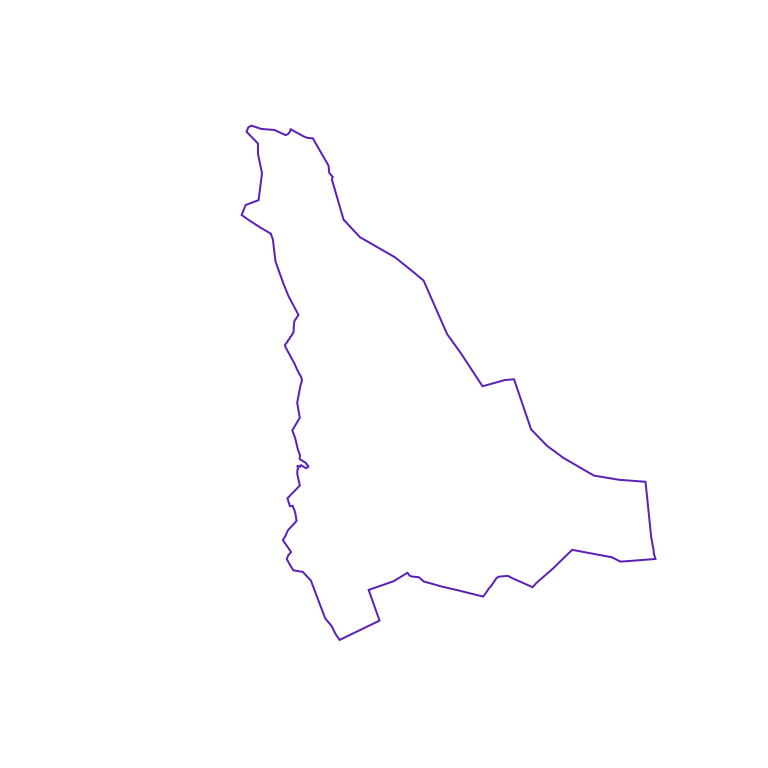 Bakura, Zamfara, Nigeria (Equal Earth projection), rotated 149°
{"feature_id": "59680162B24502748844916", "entity_name": "Bakura", "entity_type": "district", "adm_level": 2, "iso_a3": "NGA", "parent_name": "Nigeria", "parent_adm1": "Zamfara", "projection": "equal_earth", "projection_center": [5.913, 12.562], "detail": "fine", "context": "isolated", "style": "outline", "palette": "violet", "viewbox_px": 768, "rotation_deg": 149, "n_neighbors": 0, "source": "geoboundaries", "source_scale": "gbopen_adm2", "svg_char_len": 2288}
<svg xmlns="http://www.w3.org/2000/svg" viewBox="0 0 768 768"><g transform="rotate(149 384 384)"><path d="M318.5,631.3L322.9,634.4L325.4,637.7L332.8,650.4L334.7,648.8L337.7,647.6L340.2,648.1L340.3,648.2L347.1,658.2L357.9,665.9L364.6,673.8L368.2,673.8L371.9,671.0L368.2,655.1L373.6,645.9L380.0,627.5L396.8,606.2L410.4,608.7L419.0,602.2L415.6,594.5L409.7,582.3L403.6,571.2L404.8,565.2L413.9,544.9L418.5,521.9L420.6,508.6L421.7,487.3L428.4,484.1L430.8,480.9L431.7,479.8L433.5,477.0L434.7,475.1L436.7,474.0L438.2,473.1L440.7,472.4L442.1,471.2L443.6,470.8L446.0,469.5L448.7,468.6L449.4,467.0L449.7,459.9L450.2,448.1L451.0,441.4L451.4,436.3L451.4,432.8L452.5,429.2L456.5,425.6L468.1,412.6L473.6,398.4L486.5,391.5L488.0,383.4L491.5,372.4L492.7,366.2L494.6,363.7L494.8,362.8L494.5,361.9L494.0,361.2L493.6,360.7L493.5,360.3L493.3,359.7L493.2,359.4L493.0,359.1L492.9,358.9L492.8,358.7L492.7,358.5L492.6,358.4L492.3,358.3L492.0,357.4L491.8,356.5L491.5,355.5L491.7,354.6L491.1,353.1L491.4,352.2L492.0,352.0L492.8,351.9L494.1,352.1L495.0,353.4L496.1,355.5L496.8,357.1L497.6,357.1L498.5,356.3L498.7,356.6L499.1,357.2L499.7,358.0L500.6,358.1L500.9,356.9L501.1,356.0L501.3,355.3L502.2,355.2L503.1,354.1L503.8,352.8L504.6,351.8L506.2,347.0L508.4,340.4L514.2,338.8L525.6,335.8L527.6,327.8L525.0,326.6L525.6,324.1L525.6,323.8L525.6,322.7L526.5,319.1L529.5,311.6L541.4,308.2L548.5,303.5L551.0,302.4L551.0,301.1L550.7,296.8L550.2,287.8L554.6,286.3L557.5,284.0L557.8,276.4L557.6,270.9L550.4,264.8L547.9,253.2L555.1,213.6L553.6,203.5L554.3,195.0L553.9,187.5L509.7,183.5L503.2,215.4L477.4,210.0L461.0,210.1L460.8,206.6L459.2,204.6L455.3,201.7L453.7,200.5L451.5,194.0L447.1,189.5L439.0,180.8L427.2,169.4L411.5,153.7L408.4,150.7L404.2,152.5L399.2,154.8L396.6,155.5L393.2,157.1L389.6,158.7L387.4,159.8L384.6,159.6L376.7,155.8L374.1,151.6L361.3,133.3L359.8,133.7L355.7,135.0L333.2,139.0L326.5,140.7L308.1,144.9L277.8,118.0L273.0,110.2L268.4,107.7L241.4,94.2L240.1,99.5L238.2,103.4L236.1,109.1L233.9,115.0L210.2,165.5L231.8,180.8L251.2,197.3L268.2,228.1L276.1,247.0L281.3,269.3L270.1,321.1L278.5,325.2L300.7,331.3L302.3,371.2L304.2,394.1L296.8,452.2L300.9,464.1L309.3,486.9L329.0,522.2L334.0,545.7L323.3,586.2L321.3,587.8L322.2,593.2L319.1,599.6L318.5,631.3Z" fill="none" stroke="#5b21b6" stroke-width="2"/></g></svg>